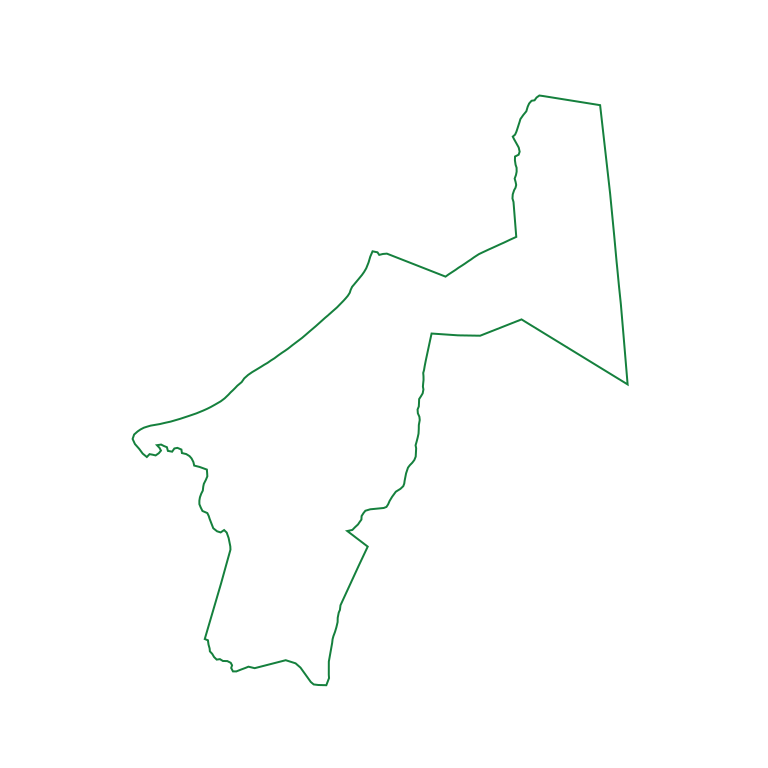 Aracati, Ceará, Brazil, rotated 278°
{"feature_id": "56859067B80165921841857", "entity_name": "Aracati", "entity_type": "district", "adm_level": 2, "iso_a3": "BRA", "parent_name": "Brazil", "parent_adm1": "Ceará", "projection": "albers", "projection_center": [-37.699, -4.677], "detail": "fine", "context": "isolated", "style": "outline", "palette": "green", "viewbox_px": 768, "rotation_deg": 278, "n_neighbors": 0, "source": "geoboundaries", "source_scale": "gbopen_adm2", "svg_char_len": 3608}
<svg xmlns="http://www.w3.org/2000/svg" viewBox="0 0 768 768"><g transform="rotate(278 384 384)"><path d="M513.8,354.2L508.3,352.7L502.2,351.8L496.1,350.3L492.2,348.7L488.9,347.0L482.7,343.2L475.8,338.9L472.6,337.9L469.6,337.4L466.3,335.9L463.6,334.2L460.8,332.3L453.3,326.8L449.0,323.1L443.5,318.4L441.4,316.5L431.9,308.5L426.3,303.5L421.8,299.6L418.2,296.4L413.2,291.4L409.7,287.9L405.6,284.0L402.9,281.1L400.8,278.7L397.5,275.2L394.2,271.9L391.6,268.8L388.7,265.7L386.2,262.5L383.9,259.8L380.3,255.4L377.5,251.9L374.1,248.2L370.1,244.8L366.1,242.8L361.9,239.0L359.1,237.0L356.6,235.1L354.4,233.3L351.8,231.5L347.6,228.2L344.1,224.7L340.1,219.6L337.0,215.5L334.8,212.3L332.6,208.8L328.8,202.3L325.2,195.2L321.1,186.9L317.0,177.8L315.2,172.9L313.1,167.5L310.3,158.7L308.8,155.4L307.3,152.3L305.1,149.2L302.7,146.6L299.2,143.6L294.6,142.7L289.9,145.7L285.7,150.6L281.5,154.7L278.7,159.3L281.9,161.6L281.8,164.5L281.5,167.8L284.1,170.6L287.0,172.4L289.5,170.6L291.8,167.7L293.0,171.7L292.0,174.6L291.2,177.8L287.7,179.3L287.5,183.6L291.0,185.4L292.0,188.3L290.9,192.5L287.5,193.5L287.1,197.9L285.5,201.5L283.5,203.8L280.2,206.1L276.8,207.4L276.2,212.9L274.6,220.5L271.0,221.3L268.0,221.9L264.5,221.0L260.1,219.5L257.3,219.3L253.2,219.4L250.0,218.3L246.2,217.5L242.8,217.4L239.3,217.9L236.2,219.7L233.0,221.9L231.6,227.0L228.9,228.8L226.2,230.1L222.6,232.1L217.4,235.0L214.9,239.2L214.3,242.9L217.1,246.0L215.0,248.9L209.8,251.6L201.8,254.4L198.6,255.0L184.3,253.1L167.6,250.9L163.8,250.4L106.5,242.0L105.7,245.3L101.5,246.5L97.9,248.1L95.0,248.8L92.8,251.5L90.0,253.7L87.8,256.7L88.7,259.8L87.3,263.0L87.8,267.4L86.6,271.0L84.3,272.7L81.5,272.2L78.4,274.4L78.8,277.7L81.4,282.3L83.5,286.2L85.2,289.1L84.6,295.5L96.8,325.1L95.1,335.3L91.5,340.8L78.7,353.0L76.7,356.2L76.8,360.9L77.7,368.8L85.1,370.5L88.4,369.8L101.4,368.0L120.4,368.7L124.1,368.6L127.3,369.0L131.8,370.0L136.4,370.7L141.8,371.2L146.0,370.7L151.4,371.0L154.2,371.8L158.8,371.7L200.7,384.3L220.7,390.5L233.3,368.1L235.1,373.0L238.1,375.2L241.3,377.8L243.8,379.0L246.6,380.5L250.1,380.2L253.4,381.7L255.9,383.2L258.0,387.8L260.2,396.9L261.2,401.0L262.6,403.5L265.3,404.8L268.9,405.8L273.4,407.7L279.0,410.7L282.5,414.9L285.5,417.3L288.2,417.9L291.1,417.9L298.6,418.3L304.5,419.4L307.2,420.9L309.9,422.9L312.9,424.6L316.5,425.5L321.2,425.1L324.8,424.8L327.7,423.8L331.3,424.3L335.7,424.8L339.6,425.1L344.3,424.7L348.2,424.2L353.3,424.4L356.5,423.6L359.7,421.6L363.4,420.8L366.6,421.6L370.0,421.3L374.0,420.9L377.0,422.3L380.1,423.6L384.1,423.8L386.8,422.9L390.2,422.7L393.5,422.6L397.3,422.0L400.4,421.3L403.4,421.7L407.4,421.8L413.0,422.1L434.1,423.6L440.6,424.1L442.5,450.6L445.2,472.5L467.1,511.2L463.9,518.5L417.5,625.3L464.7,614.6L496.2,607.4L514.3,602.9L531.4,598.8L537.5,597.3L563.0,591.3L584.6,586.1L604.1,581.4L690.2,559.2L691.3,501.5L691.3,497.7L688.9,495.2L685.9,493.6L685.0,490.7L682.0,488.7L678.6,487.7L673.9,487.0L669.8,484.5L665.3,482.2L662.5,481.8L659.1,481.2L655.6,480.6L652.3,480.0L649.2,479.1L646.9,477.1L644.3,478.9L640.9,481.5L636.9,484.5L632.9,486.0L629.8,485.4L627.5,482.1L623.8,482.5L619.4,483.8L616.6,485.2L612.7,485.8L609.3,485.6L605.6,484.8L602.4,486.2L599.5,487.2L596.6,486.9L594.1,485.9L589.7,485.1L585.6,485.4L582.3,486.9L548.1,494.5L546.6,492.2L544.4,488.7L542.2,485.4L540.5,482.8L538.7,479.9L536.0,475.7L533.9,472.4L531.9,469.2L530.2,466.6L528.0,463.2L525.8,459.9L523.9,457.7L521.9,455.4L519.3,452.7L517.2,450.3L514.5,447.4L512.2,444.8L509.4,441.5L507.0,439.0L504.3,435.9L501.5,432.7L498.9,430.0L513.5,368.7L512.6,364.8L511.2,361.3L513.5,359.2L513.8,354.2Z" fill="none" stroke="#15803d" stroke-width="2"/></g></svg>